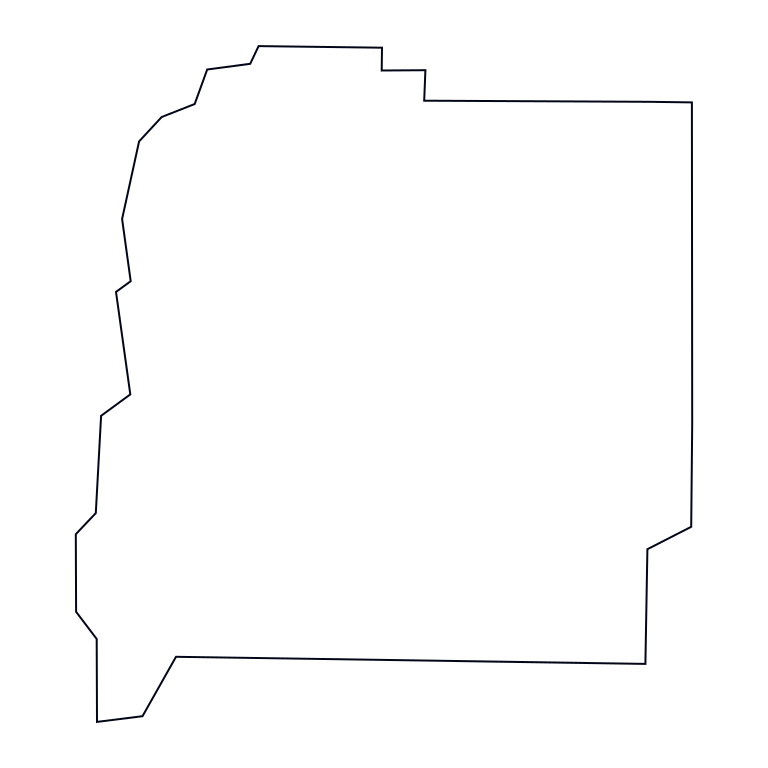 outline of Pike, Georgia, United States of America
{"feature_id": "52423323B93853380479562", "entity_name": "Pike", "entity_type": "district", "adm_level": 2, "iso_a3": "USA", "parent_name": "United States of America", "parent_adm1": "Georgia", "projection": "equal_earth", "projection_center": [-84.437, 33.09], "detail": "fine", "context": "isolated", "style": "outline", "palette": "ink", "viewbox_px": 768, "rotation_deg": 0, "n_neighbors": 0, "source": "geoboundaries", "source_scale": "gbopen_adm2", "svg_char_len": 464}
<svg xmlns="http://www.w3.org/2000/svg" viewBox="0 0 768 768"><path d="M161.7,117.0L139.1,141.4L122.1,219.0L130.7,281.2L116.0,291.9L130.3,394.4L101.1,415.8L95.8,513.1L75.8,534.2L76.1,611.8L96.7,639.0L97.0,721.9L142.5,716.2L176.0,656.8L645.4,663.9L647.4,549.2L691.2,526.8L692.2,424.2L691.9,102.4L648.9,101.8L424.2,100.7L425.4,70.2L381.7,70.5L382.0,47.7L258.6,46.1L250.2,63.8L207.2,69.5L194.7,104.0L161.7,117.0Z" fill="none" stroke="#020617" stroke-width="2"/></svg>